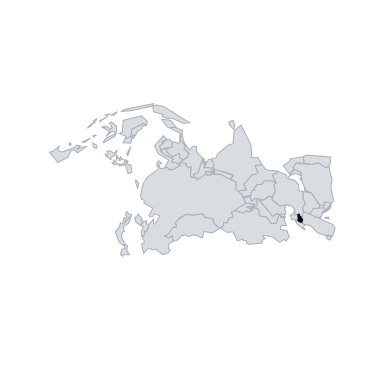 Asia, with Armenia highlighted, rotated 203°
{"feature_id": "ARM", "entity_name": "Armenia", "entity_type": "country or territory", "adm_level": 0, "iso_a3": "ARM", "parent_name": "Asia", "parent_adm1": "", "projection": "albers", "projection_center": [45.222, 40.08], "detail": "fine", "context": "in_parent", "style": "filled", "palette": "ink", "viewbox_px": 384, "rotation_deg": 203, "n_neighbors": 45, "source": "natural_earth", "source_scale": "50m", "svg_char_len": 13957}
<svg xmlns="http://www.w3.org/2000/svg" viewBox="0 0 384 384"><g transform="rotate(203 192 192)"><path d="M151.8,169.9L150.2,172.8L150.9,176.6L147.4,177.3L148.1,182.0L144.5,185.3L147.8,188.8L147.5,191.2L136.0,192.9L135.4,195.3L131.0,196.1L127.8,202.5L123.8,202.1L121.6,197.9L119.0,196.5L113.8,198.2L106.6,194.0L102.1,196.1L103.3,205.5L99.5,203.3L96.6,205.0L96.4,202.4L92.0,198.0L96.8,196.0L96.5,192.0L89.6,193.6L84.8,188.6L86.5,183.4L88.3,184.8L91.7,180.0L100.1,182.0L109.2,180.2L109.4,178.9L106.5,177.7L108.8,174.7L107.4,173.2L107.9,172.2L118.7,166.3L121.5,166.0L122.7,168.4L126.3,167.5L126.6,168.8L130.9,164.7L138.9,171.3L143.8,168.6L151.8,169.9Z" fill="#d9dde1" stroke="#a8b0b8" stroke-width="1"/><path d="M103.3,205.5L102.1,196.1L106.6,194.0L113.8,198.2L119.0,196.5L121.6,197.9L123.8,202.1L127.1,202.7L131.0,197.3L130.5,199.4L135.9,199.5L134.0,202.1L131.8,202.5L131.4,200.7L129.0,202.0L128.3,205.3L126.7,205.6L129.0,208.8L128.5,211.6L107.9,201.2L105.5,205.2L103.3,205.5Z" fill="#d9dde1" stroke="#a8b0b8" stroke-width="1"/><path d="M327.0,166.7L338.9,173.0L336.1,174.7L332.2,182.0L332.0,177.9L327.4,178.0L317.0,187.5L316.8,189.9L312.9,191.0L314.7,185.8L312.2,189.6L307.0,192.5L312.6,183.4L316.9,184.6L319.7,182.5L319.9,175.4L327.0,166.7ZM309.6,216.4L310.4,219.4L308.5,222.0L308.2,219.5L309.6,216.4ZM323.8,189.8L322.3,189.2L321.8,187.4L323.5,187.6L323.8,189.8ZM274.3,215.0L274.6,217.6L281.8,217.4L279.5,220.2L283.4,231.0L268.4,242.3L260.7,239.5L260.0,235.5L263.7,235.8L270.3,228.2L271.8,226.2L269.9,219.1L274.3,215.0ZM306.4,202.1L310.6,195.2L312.6,195.2L306.4,202.1ZM305.1,205.2L303.5,206.7L302.4,206.6L304.3,204.0L305.1,205.2ZM296.9,194.9L300.1,194.4L302.5,198.5L297.9,197.7L296.9,194.9ZM285.0,212.6L293.2,202.3L292.3,207.6L285.3,215.7L286.2,217.1L289.5,216.3L293.0,209.6L291.4,215.7L300.3,216.4L298.3,218.6L298.0,216.3L295.7,219.4L291.5,218.0L290.6,219.9L294.9,223.2L293.8,225.0L287.2,223.3L284.7,216.6L285.0,212.6ZM302.4,228.4L297.8,232.2L299.6,229.7L302.4,228.4ZM298.8,228.9L302.8,223.3L304.1,220.6L304.6,221.7L298.8,228.9ZM293.3,232.8L296.9,230.7L292.1,236.8L293.3,232.8ZM262.3,255.5L279.6,243.2L288.8,238.3L286.7,241.5L261.9,258.4L262.3,255.5ZM249.1,252.1L258.8,250.8L261.7,255.9L259.0,258.2L251.5,259.6L221.3,254.8L227.0,251.8L238.7,252.2L244.1,250.1L249.0,249.9L249.1,252.1Z" fill="#d9dde1" stroke="#a8b0b8" stroke-width="1"/><path d="M310.6,216.8L310.8,213.4L313.5,209.7L310.6,216.8Z" fill="#d9dde1" stroke="#a8b0b8" stroke-width="1"/><path d="M62.3,226.3L60.1,229.7L59.3,235.7L58.3,231.2L60.7,226.7L62.3,226.3Z" fill="#d9dde1" stroke="#a8b0b8" stroke-width="1"/><path d="M64.3,224.1L60.8,226.6L64.0,223.1L64.3,224.1Z" fill="#d9dde1" stroke="#a8b0b8" stroke-width="1"/><path d="M61.5,228.5L59.8,231.0L60.8,228.1L61.5,228.5Z" fill="#d9dde1" stroke="#a8b0b8" stroke-width="1"/><path d="M61.5,228.5L68.8,226.6L69.4,229.8L64.5,231.1L66.5,233.8L61.8,236.7L59.3,235.7L61.5,228.5Z" fill="#d9dde1" stroke="#a8b0b8" stroke-width="1"/><path d="M98.0,249.7L103.9,249.5L108.8,244.9L106.7,253.2L99.3,252.7L98.0,249.7Z" fill="#d9dde1" stroke="#a8b0b8" stroke-width="1"/><path d="M96.1,248.5L95.8,246.7L97.0,245.1L97.9,247.2L96.1,248.5Z" fill="#d9dde1" stroke="#a8b0b8" stroke-width="1"/><path d="M87.3,235.5L90.0,239.3L85.7,238.0L87.3,235.5Z" fill="#d9dde1" stroke="#a8b0b8" stroke-width="1"/><path d="M69.4,229.8L68.8,226.6L73.7,224.3L74.5,219.3L77.6,216.8L81.7,217.4L84.4,221.2L83.1,225.6L87.3,229.4L90.2,235.8L81.5,237.8L69.4,229.8Z" fill="#d9dde1" stroke="#a8b0b8" stroke-width="1"/><path d="M107.2,252.7L109.4,246.8L118.5,252.1L114.4,257.9L114.5,261.0L103.3,267.9L100.0,262.5L107.4,259.3L108.5,254.3L107.2,252.7ZM109.2,243.4L108.3,244.1L108.8,243.2L109.2,243.4Z" fill="#d9dde1" stroke="#a8b0b8" stroke-width="1"/><path d="M229.6,230.4L227.6,225.9L234.5,221.4L234.5,219.4L238.3,219.4L239.9,221.7L237.5,226.1L239.3,226.4L233.8,231.8L229.6,230.4Z" fill="#d9dde1" stroke="#a8b0b8" stroke-width="1"/><path d="M232.2,222.1L227.6,225.9L229.6,230.4L222.4,232.1L226.0,241.5L236.8,242.2L235.2,244.8L224.7,244.9L223.3,235.8L215.9,231.6L216.0,228.5L209.6,226.2L209.8,222.4L212.7,218.3L216.4,218.4L218.8,222.6L222.1,217.7L226.5,217.0L231.1,219.1L232.2,222.1Z" fill="#d9dde1" stroke="#a8b0b8" stroke-width="1"/><path d="M236.8,218.5L232.2,222.1L231.1,219.1L223.7,216.7L218.8,222.6L216.4,218.4L212.7,218.3L215.0,214.3L213.0,212.2L218.4,213.0L220.9,211.1L223.0,212.1L222.1,214.8L234.1,215.5L236.8,218.5Z" fill="#d9dde1" stroke="#a8b0b8" stroke-width="1"/><path d="M212.7,218.3L209.8,222.4L209.6,226.2L216.0,228.5L215.9,231.6L223.3,235.8L223.6,241.2L219.2,235.1L211.2,229.6L208.8,234.6L205.7,235.6L203.3,230.9L194.8,226.7L194.0,212.3L197.3,208.7L196.1,206.0L199.7,205.8L202.7,214.7L204.6,212.9L207.9,214.0L208.5,216.1L212.7,213.9L212.7,218.3Z" fill="#d9dde1" stroke="#a8b0b8" stroke-width="1"/><path d="M235.9,230.6L239.3,226.4L237.5,226.1L239.9,221.7L235.7,216.4L222.1,214.8L223.0,212.1L220.9,211.1L218.4,213.0L213.8,211.2L218.6,204.7L226.7,203.8L225.9,212.4L238.2,214.0L244.5,219.9L240.4,232.6L235.9,230.6Z" fill="#d9dde1" stroke="#a8b0b8" stroke-width="1"/><path d="M221.1,131.9L223.3,135.6L223.1,140.8L226.7,141.8L223.0,147.8L221.2,144.7L218.8,145.6L218.5,143.3L218.1,138.6L220.4,137.1L219.1,136.5L219.2,132.0L221.1,131.9Z" fill="#d9dde1" stroke="#a8b0b8" stroke-width="1"/><path d="M225.5,146.1L226.4,141.2L231.5,142.2L234.6,145.3L232.7,150.8L227.5,147.8L228.1,146.3L225.5,146.1Z" fill="#d9dde1" stroke="#a8b0b8" stroke-width="1"/><path d="M152.3,169.4L157.1,162.4L165.6,160.3L164.6,154.0L173.9,153.3L177.8,149.5L181.5,149.7L184.5,147.5L187.1,141.2L190.5,139.1L193.3,144.0L195.5,140.5L199.4,140.1L195.7,152.2L193.0,153.7L193.5,155.5L195.4,156.3L194.9,159.7L189.1,168.9L181.2,171.5L174.1,176.1L170.3,173.9L162.1,175.7L160.1,172.1L152.3,169.4Z" fill="#d9dde1" stroke="#a8b0b8" stroke-width="1"/><path d="M196.1,206.0L197.3,208.7L194.0,212.3L194.9,225.0L191.8,222.3L191.6,224.2L189.8,223.8L190.5,219.1L185.1,221.4L180.8,220.3L180.9,222.2L183.0,222.6L182.1,225.2L183.7,225.1L187.1,230.4L183.1,233.0L183.5,236.5L177.1,249.2L173.2,252.5L177.1,265.1L173.0,272.7L156.3,258.6L150.1,246.9L145.2,249.6L137.9,244.4L144.2,241.0L138.9,235.7L140.6,232.5L143.2,231.9L147.2,219.0L142.5,215.1L148.4,212.1L149.6,209.3L152.8,211.3L155.1,218.1L161.3,219.2L160.5,223.3L168.7,223.7L179.8,220.9L179.2,216.5L180.6,218.6L183.0,218.4L187.5,215.5L185.6,213.9L192.1,205.0L193.8,207.0L196.1,206.0Z" fill="#d9dde1" stroke="#a8b0b8" stroke-width="1"/><path d="M191.8,222.3L195.9,228.3L191.3,225.0L189.3,226.1L189.9,228.4L187.0,229.4L182.1,225.2L183.0,222.6L180.9,222.2L180.8,220.3L185.1,221.4L190.5,219.1L189.8,223.8L191.6,224.2L191.8,222.3Z" fill="#d9dde1" stroke="#a8b0b8" stroke-width="1"/><path d="M185.6,213.9L187.5,215.5L180.6,218.6L181.6,214.6L185.6,213.9Z" fill="#d9dde1" stroke="#a8b0b8" stroke-width="1"/><path d="M178.2,217.6L179.8,220.9L178.1,221.9L160.5,223.3L161.9,218.3L173.1,219.3L178.2,217.6Z" fill="#d9dde1" stroke="#a8b0b8" stroke-width="1"/><path d="M149.6,209.3L148.4,212.1L142.5,215.1L147.2,219.0L143.2,231.9L140.6,232.5L138.9,235.7L144.2,241.0L137.9,244.4L132.6,241.3L121.4,244.6L121.8,241.6L124.8,239.6L117.9,233.1L121.8,233.6L129.9,230.4L130.4,226.6L135.1,223.8L136.9,210.9L142.9,207.3L146.0,209.6L149.6,209.3Z" fill="#d9dde1" stroke="#a8b0b8" stroke-width="1"/><path d="M122.4,213.2L131.2,210.9L133.4,206.7L136.8,210.4L138.9,207.6L142.9,207.3L136.1,212.4L137.5,214.4L136.9,217.7L134.9,218.2L136.2,219.6L135.1,223.8L130.4,226.6L129.9,230.4L121.8,233.6L117.9,233.1L119.4,230.4L115.7,225.3L115.9,218.3L119.7,218.2L122.4,213.2Z" fill="#d9dde1" stroke="#a8b0b8" stroke-width="1"/><path d="M128.5,211.6L129.0,208.8L126.7,205.6L131.4,200.7L132.5,202.2L130.1,204.9L138.2,202.7L142.3,206.7L136.8,210.4L133.4,206.7L131.2,210.9L128.5,211.6Z" fill="#d9dde1" stroke="#a8b0b8" stroke-width="1"/><path d="M131.0,197.3L135.4,195.3L136.0,192.9L147.5,191.2L138.2,202.7L130.1,204.9L129.9,203.4L135.9,199.5L130.5,199.4L131.0,197.3Z" fill="#d9dde1" stroke="#a8b0b8" stroke-width="1"/><path d="M96.6,205.0L99.5,203.3L102.4,205.8L105.5,205.2L107.9,201.2L125.5,210.2L125.8,211.7L124.1,211.4L118.2,218.9L115.9,218.3L115.4,216.2L107.1,213.6L100.4,216.5L99.9,212.0L97.3,209.4L97.6,207.3L101.1,206.7L98.8,203.9L97.3,206.6L96.6,205.0Z" fill="#d9dde1" stroke="#a8b0b8" stroke-width="1"/><path d="M90.2,235.8L87.3,229.4L83.1,225.6L84.4,221.2L80.6,215.4L80.4,211.6L84.5,213.4L88.3,211.1L90.7,216.2L94.2,217.8L100.3,217.1L105.6,213.5L115.4,216.2L115.7,225.3L119.4,230.4L117.9,233.1L124.8,239.6L121.8,241.6L121.4,244.6L111.5,244.5L110.1,241.6L102.0,242.9L97.2,240.6L93.7,235.1L90.2,235.8Z" fill="#d9dde1" stroke="#a8b0b8" stroke-width="1"/><path d="M62.0,227.7L64.3,224.1L63.1,220.9L65.2,217.5L76.7,217.2L74.5,219.3L73.7,224.3L64.3,229.0L62.0,227.7Z" fill="#d9dde1" stroke="#a8b0b8" stroke-width="1"/><path d="M81.7,217.4L65.2,217.5L63.7,219.9L63.9,217.8L61.0,217.1L50.5,217.2L46.5,215.2L45.1,207.5L51.9,204.2L60.3,203.5L69.3,207.2L77.6,206.0L81.8,210.9L80.4,211.6L81.7,217.4ZM46.3,201.5L49.9,201.8L51.4,204.0L45.8,205.8L46.3,201.5Z" fill="#d9dde1" stroke="#a8b0b8" stroke-width="1"/><path d="M184.6,269.0L185.2,271.4L182.2,273.9L178.5,269.9L178.3,266.0L184.6,269.0Z" fill="#d9dde1" stroke="#a8b0b8" stroke-width="1"/><path d="M234.8,207.7L231.3,206.9L234.2,202.0L235.7,205.3L234.8,207.7ZM138.2,202.7L147.8,188.8L144.5,185.3L148.1,182.0L147.4,177.3L150.9,176.6L150.2,172.8L152.3,169.4L160.1,172.1L162.1,175.7L170.3,173.9L174.1,176.1L181.2,171.5L189.1,168.9L193.9,161.9L195.4,156.3L193.5,155.5L193.0,153.7L195.7,152.2L197.3,143.8L200.0,140.8L195.5,140.5L192.3,143.6L190.5,139.1L193.1,135.4L191.2,130.6L189.2,130.0L190.1,126.4L195.0,122.8L202.8,125.2L205.2,123.3L210.2,123.5L212.6,116.7L217.9,124.2L216.1,127.5L221.1,131.9L219.2,132.0L219.1,136.5L220.4,137.1L218.1,138.6L218.8,145.6L216.7,152.2L215.2,147.9L213.5,147.8L212.2,157.6L218.2,157.2L218.4,154.2L221.2,152.6L222.5,153.2L221.7,161.9L231.8,162.9L232.8,165.7L235.7,165.6L238.1,169.0L240.3,180.5L238.8,188.4L232.0,199.6L233.1,202.1L232.2,203.1L230.3,201.1L224.3,205.0L222.2,203.6L218.6,204.7L213.0,212.2L215.0,214.3L208.5,216.1L207.9,214.0L204.6,212.9L202.7,214.7L199.7,205.8L197.1,205.1L193.8,207.0L192.1,205.0L187.1,212.6L181.6,214.6L180.3,218.2L179.2,216.5L173.1,219.3L155.1,218.1L152.8,211.3L146.0,209.6L138.2,202.7Z" fill="#d9dde1" stroke="#a8b0b8" stroke-width="1"/><path d="M243.4,174.1L247.6,178.8L248.4,181.0L244.5,179.5L243.4,174.1Z" fill="#d9dde1" stroke="#a8b0b8" stroke-width="1"/><path d="M84.9,205.4L87.7,207.1L89.1,205.4L92.8,209.2L91.2,209.5L90.0,214.3L88.3,211.1L85.2,213.3L83.4,210.4L82.2,206.9L85.1,207.4L84.9,205.4ZM84.5,213.4L83.1,213.0L81.8,210.9L83.7,211.5L84.5,213.4Z" fill="#d9dde1" stroke="#a8b0b8" stroke-width="1"/><path d="M72.8,201.0L83.1,203.7L85.4,207.1L75.6,206.1L75.5,203.2L72.8,201.0Z" fill="#d9dde1" stroke="#a8b0b8" stroke-width="1"/><path d="M267.1,195.5L263.1,195.4L266.0,193.6L267.1,195.5ZM275.8,196.6L272.4,193.9L274.2,194.0L273.8,191.0L275.8,196.6ZM278.8,190.2L285.4,191.4L286.5,193.4L284.0,192.8L284.1,194.6L286.3,196.2L283.1,198.1L279.1,197.0L277.1,201.7L277.3,196.0L280.3,191.2L278.8,190.2ZM267.1,201.3L265.9,209.9L265.3,200.4L267.1,201.3ZM258.0,183.9L264.1,191.2L268.9,187.5L271.4,189.1L267.6,189.9L263.0,194.2L262.4,192.4L259.0,193.2L254.8,186.6L258.0,183.9ZM271.5,196.6L268.7,194.7L271.5,192.5L271.5,196.6ZM274.6,186.6L277.1,187.6L275.3,188.9L277.1,191.0L271.7,188.6L274.6,186.6Z" fill="#d9dde1" stroke="#a8b0b8" stroke-width="1"/><path d="M231.7,245.2L239.7,242.0L248.4,247.1L239.6,249.7L231.7,245.2ZM274.3,215.0L269.9,219.1L271.8,226.2L263.7,235.8L261.4,236.2L260.0,235.5L263.6,232.7L262.8,230.9L265.7,226.9L266.1,222.2L268.8,220.1L267.4,213.1L274.8,210.3L274.3,215.0Z" fill="#d9dde1" stroke="#a8b0b8" stroke-width="1"/><path d="M267.2,218.1L268.8,220.1L267.9,222.0L266.1,222.2L267.2,218.1Z" fill="#d9dde1" stroke="#a8b0b8" stroke-width="1"/><path d="M239.6,117.5L247.1,125.4L245.1,131.6L246.0,135.8L242.8,135.5L239.5,143.8L242.3,143.1L245.0,146.7L243.6,148.8L242.1,147.1L238.7,147.5L238.1,138.7L241.4,133.2L238.7,129.0L240.4,128.4L239.4,123.0L233.5,117.8L234.1,115.8L239.6,117.5ZM231.0,107.3L230.6,105.6L233.4,106.5L234.3,111.9L231.4,113.8L233.4,116.0L232.4,117.9L230.0,116.9L229.6,113.3L225.2,109.8L231.0,107.3ZM242.0,142.0L241.9,138.0L244.1,137.2L244.4,141.9L242.0,142.0Z" fill="#d9dde1" stroke="#a8b0b8" stroke-width="1"/><path d="M100.0,262.5L103.3,267.9L101.1,270.7L77.9,278.4L75.7,272.2L77.8,266.5L87.3,268.1L92.7,263.9L100.0,262.5Z" fill="#d9dde1" stroke="#a8b0b8" stroke-width="1"/><path d="M59.3,236.0L65.2,235.0L66.5,233.8L64.5,231.1L69.4,229.8L81.5,237.8L87.7,238.2L94.2,243.8L99.3,252.7L107.2,252.7L108.5,254.3L107.4,259.3L92.7,263.9L87.3,268.1L77.8,266.5L76.2,269.5L67.4,257.0L66.3,251.0L58.2,239.2L59.3,236.0Z" fill="#d9dde1" stroke="#a8b0b8" stroke-width="1"/><path d="M60.4,219.9L56.7,222.3L55.4,220.7L60.4,219.9Z" fill="#d9dde1" stroke="#a8b0b8" stroke-width="1"/><path d="M81.7,210.9L81.3,210.4L81.0,210.2L80.8,210.0L80.6,210.0L80.2,210.1L79.8,209.9L79.6,209.8L79.6,209.7L79.5,209.2L79.4,209.0L79.4,208.9L79.6,208.7L79.7,208.3L79.7,208.1L79.5,207.7L79.3,207.5L79.2,207.4L79.3,207.3L79.6,207.3L79.9,207.2L80.1,207.2L80.4,207.1L80.6,207.0L81.2,207.1L81.4,207.0L81.9,207.0L81.8,206.9L82.2,206.9L82.4,207.1L82.5,207.1L82.6,207.3L82.3,207.3L82.7,207.6L82.9,207.6L83.0,207.6L83.2,207.8L83.3,208.0L83.0,208.3L82.9,208.4L82.9,208.5L83.1,208.8L83.3,209.1L83.6,209.3L84.1,209.5L84.0,209.9L84.0,210.0L83.9,210.1L83.4,210.1L83.5,210.3L83.8,210.5L84.1,210.7L84.2,210.9L84.4,211.0L84.6,211.2L84.8,211.1L85.1,211.3L85.1,211.5L84.9,211.6L85.0,211.8L85.3,212.1L85.1,212.2L85.0,212.3L85.2,212.5L85.2,212.9L84.8,212.9L84.5,213.1L84.4,213.0L84.3,212.8L84.3,212.7L84.1,212.3L84.1,212.1L83.8,211.8L83.7,211.7L83.8,211.5L83.7,211.3L83.4,211.3L83.1,211.5L82.9,211.4L82.7,211.2L82.5,211.3L82.5,211.2L82.4,210.9L81.9,210.9L81.7,210.9ZM82.2,207.5L82.3,207.4L82.2,207.4L82.1,207.5L82.2,207.5ZM83.3,208.6L83.2,208.6L83.2,208.4L83.3,208.5L83.3,208.6Z" fill="#0f172a" stroke="#020617" stroke-width="1.5"/></g></svg>